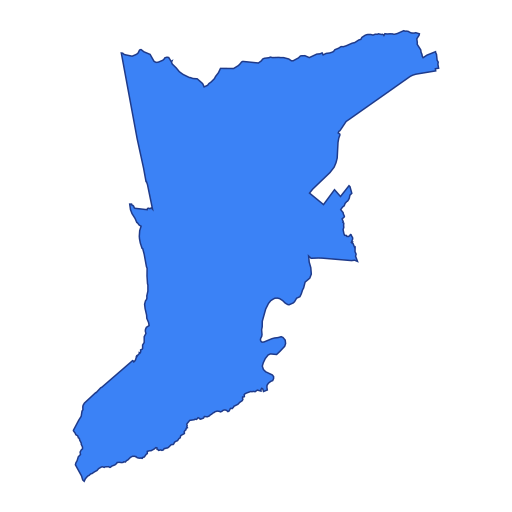 Berca, Buzau, Romania (Robinson projection), rotated 270°
{"feature_id": "2599482B72560030145158", "entity_name": "Berca", "entity_type": "district", "adm_level": 2, "iso_a3": "ROU", "parent_name": "Romania", "parent_adm1": "Buzau", "projection": "robinson", "projection_center": [26.655, 45.298], "detail": "fine", "context": "isolated", "style": "filled", "palette": "blue", "viewbox_px": 512, "rotation_deg": 270, "n_neighbors": 0, "source": "geoboundaries", "source_scale": "gbopen_adm2", "svg_char_len": 6012}
<svg xmlns="http://www.w3.org/2000/svg" viewBox="0 0 512 512"><g transform="rotate(270 256 256)"><path d="M477.7,382.5L477.5,381.4L478.2,378.4L477.7,377.4L477.8,375.2L476.9,373.1L477.5,370.8L477.5,367.7L477.2,366.3L476.6,364.9L474.6,361.9L472.6,360.8L472.1,358.9L469.4,354.7L468.8,352.1L466.2,346.2L465.3,343.4L465.4,341.1L463.8,338.6L462.3,334.9L460.5,333.5L459.8,332.1L459.0,329.6L458.6,326.2L457.1,323.1L459.1,322.1L458.2,320.1L457.9,316.8L454.4,309.3L456.3,304.9L456.2,301.1L455.9,300.3L454.1,298.5L451.2,293.1L451.2,291.4L453.0,288.8L454.4,283.5L454.4,280.5L454.6,278.8L454.4,272.6L454.9,270.3L454.3,269.0L453.7,264.3L452.9,262.6L451.2,261.4L449.0,258.4L450.6,242.8L450.1,241.7L447.6,239.6L446.3,238.2L443.5,233.6L443.6,220.5L439.2,218.4L435.6,215.6L433.3,214.4L430.0,211.1L428.4,208.9L426.7,207.6L425.1,204.1L428.1,202.8L428.9,202.1L433.2,197.2L433.5,192.9L434.4,190.4L434.5,189.3L437.6,183.0L440.3,179.3L444.1,176.2L448.0,172.2L449.9,171.5L451.1,172.0L450.6,171.1L454.5,168.7L454.8,167.0L454.2,164.9L452.8,164.0L451.7,162.7L449.8,158.2L449.6,156.5L449.7,155.8L450.7,154.0L457.6,150.1L460.2,143.9L462.4,141.1L462.3,140.1L461.7,139.4L459.2,138.2L458.4,137.5L457.4,135.9L455.8,132.1L457.2,125.4L457.7,123.9L458.8,122.7L459.0,121.3L373.5,137.1L343.7,143.6L330.5,146.0L330.5,146.4L327.3,147.5L302.9,152.5L304.1,151.4L303.4,149.9L303.8,148.5L303.5,147.5L302.3,147.2L303.7,135.1L304.1,134.3L305.7,133.7L306.5,133.0L306.6,132.2L307.9,131.6L307.9,129.7L302.3,130.5L298.4,132.0L293.5,135.1L289.5,136.8L289.4,137.3L286.9,139.2L285.8,141.1L281.4,139.7L275.7,139.3L273.2,139.5L269.0,140.3L263.7,142.0L263.4,142.7L257.7,144.2L245.5,146.4L243.7,147.1L236.1,147.0L228.3,147.5L227.0,147.9L220.9,147.9L216.1,146.8L213.9,146.9L212.5,146.5L211.2,145.5L207.8,144.6L203.4,145.1L196.9,146.6L193.7,146.8L189.4,148.6L186.4,149.1L184.7,146.4L182.7,145.5L181.0,145.3L178.5,145.9L175.3,144.2L169.5,144.2L167.0,142.6L163.5,142.6L162.8,142.2L162.1,140.6L160.3,140.7L159.1,140.2L159.4,139.3L158.7,139.4L157.3,138.4L156.3,136.8L155.7,137.0L155.5,136.4L154.9,136.6L154.2,136.1L152.3,135.6L150.8,134.6L150.1,133.8L151.2,133.1L151.4,132.6L124.9,102.0L124.2,100.7L119.3,96.1L119.4,95.7L108.9,84.4L106.7,83.1L105.1,82.8L102.2,82.9L100.9,82.0L95.7,81.2L91.9,78.8L81.7,73.4L81.1,73.5L78.8,75.2L77.3,75.8L76.2,77.7L74.1,78.4L73.8,79.1L73.4,79.4L71.9,79.7L68.8,81.3L67.8,81.2L65.0,82.5L63.1,82.5L62.1,81.3L59.9,80.1L57.5,80.5L55.2,78.3L51.3,77.1L49.2,75.9L47.2,75.4L36.1,81.5L32.1,82.7L30.7,84.2L33.3,85.4L35.9,87.7L36.7,89.2L38.1,90.6L38.4,91.9L40.3,94.7L41.5,97.0L43.4,98.6L44.9,101.2L45.3,102.2L44.6,104.3L45.2,105.1L45.3,108.6L44.6,109.9L44.7,110.3L46.0,112.0L47.1,114.9L48.5,116.6L49.5,117.1L49.7,119.2L49.4,121.7L49.6,123.1L50.2,123.8L50.0,125.4L51.4,126.5L52.0,127.8L54.6,130.4L55.7,132.4L55.7,134.9L55.2,135.7L55.4,136.0L54.3,137.2L53.8,139.4L54.0,140.7L53.7,141.2L54.0,141.9L53.8,142.4L54.5,142.5L55.0,144.3L57.7,146.2L58.4,147.3L60.6,147.3L61.3,149.7L61.3,151.1L63.1,154.4L64.4,155.8L64.2,156.9L62.6,157.1L62.4,158.0L61.6,158.6L62.1,160.7L61.6,161.9L62.2,163.5L63.5,164.2L63.6,165.8L64.0,166.2L63.9,167.0L64.5,168.3L67.4,171.3L67.5,173.1L68.2,173.8L69.8,174.5L70.9,176.3L71.3,177.5L73.5,179.0L74.2,180.2L76.4,180.7L78.4,184.3L78.9,184.5L80.0,184.1L81.4,184.9L82.2,185.9L83.7,186.2L84.3,187.4L85.3,186.8L86.3,187.2L87.4,186.8L88.3,187.0L91.6,189.7L92.3,194.3L92.8,195.0L92.6,196.6L94.3,198.1L93.5,199.8L92.9,200.0L92.8,200.6L93.9,203.5L95.5,204.4L95.2,207.3L96.1,209.4L97.2,210.4L97.6,211.3L99.4,213.6L99.5,214.2L100.2,214.9L100.9,217.2L100.6,219.5L100.1,220.3L100.6,221.8L101.7,223.1L102.1,224.9L101.6,226.6L100.4,227.9L101.0,229.1L103.5,230.4L103.7,230.9L103.4,232.1L104.8,233.5L105.7,233.9L107.7,237.9L109.6,239.7L111.4,242.3L112.8,242.9L113.6,242.5L115.0,242.6L115.1,244.0L115.5,244.4L117.4,244.2L118.1,244.9L118.9,246.3L120.5,250.7L120.3,251.9L120.6,253.5L120.3,255.1L121.9,257.3L120.9,261.0L122.6,261.0L123.7,261.8L123.0,262.8L120.5,263.5L122.0,267.3L124.6,266.9L126.7,267.0L128.9,268.5L130.7,270.9L131.4,272.7L133.5,273.6L135.4,273.6L137.0,272.4L140.2,265.7L142.5,263.4L145.9,262.3L149.3,263.3L153.5,265.3L157.1,268.2L158.1,270.5L157.5,276.6L160.7,280.0L165.7,284.7L168.5,285.6L171.9,285.2L174.5,283.0L175.3,281.2L174.4,278.0L174.0,274.5L173.3,271.9L170.1,264.2L169.8,262.6L170.1,261.5L171.0,260.8L172.1,260.4L173.7,260.7L175.6,261.7L177.4,262.0L182.2,261.6L185.2,262.2L190.8,262.3L203.0,265.7L208.6,268.5L211.3,270.7L212.8,273.0L213.8,274.9L213.9,277.5L213.4,279.6L211.4,282.7L209.0,285.1L207.5,287.6L207.2,289.0L209.1,293.3L210.4,294.6L213.8,296.6L215.3,299.9L218.2,301.3L222.2,302.6L224.0,303.6L229.9,305.1L233.9,309.8L237.9,311.3L244.3,310.8L249.9,309.2L256.0,308.6L253.7,311.1L254.0,318.2L253.9,321.9L251.4,351.6L251.8,354.6L250.6,357.5L255.7,355.6L257.9,356.1L260.4,355.0L264.7,355.1L264.4,354.7L268.5,353.0L268.9,352.1L270.0,352.5L269.9,351.5L273.1,352.7L274.7,352.5L275.5,351.8L277.1,351.2L277.5,350.7L277.3,350.3L276.4,349.8L275.5,348.5L275.6,346.8L276.5,346.4L276.7,344.6L278.4,343.9L282.4,343.1L284.6,343.8L286.6,343.6L288.8,343.8L289.6,342.9L290.4,343.2L293.1,342.1L295.0,344.2L295.7,344.4L297.9,343.4L299.4,343.1L302.4,340.7L305.0,342.6L306.2,344.2L308.6,345.1L310.6,346.9L310.8,347.5L312.4,348.6L313.9,349.3L316.8,349.9L318.7,351.8L325.3,350.0L326.3,349.0L315.5,340.5L322.3,334.5L307.4,323.5L318.9,309.5L323.0,312.8L339.5,330.0L344.8,334.1L349.3,336.0L354.0,337.2L369.6,338.0L374.0,338.8L377.0,339.9L377.9,339.8L379.0,338.2L380.6,338.8L381.4,340.0L390.5,346.1L435.6,410.2L436.8,412.6L437.8,415.8L441.1,435.7L443.3,435.4L443.8,438.6L447.8,437.9L449.9,438.2L451.8,437.1L457.6,436.5L459.5,435.6L460.3,435.5L456.9,427.0L454.3,423.1L455.7,422.3L457.8,421.9L459.6,421.1L462.2,420.7L467.7,417.2L469.5,417.3L473.2,416.8L476.8,419.1L478.2,419.4L479.3,415.7L478.9,414.1L479.0,411.6L479.6,409.9L480.6,408.3L480.9,406.5L480.8,405.2L481.3,403.7L478.5,397.4L477.8,394.8L477.7,393.8L478.1,392.5L478.2,389.8L478.0,387.2L478.3,384.9L476.5,383.9L477.2,383.4L477.7,382.5Z" fill="#3b82f6" stroke="#1e3a8a" stroke-width="1.5"/></g></svg>